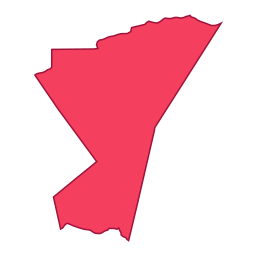 São João do Cariri, Paraíba, Brazil (orthographic projection)
{"feature_id": "56859067B8210995761368", "entity_name": "São João do Cariri", "entity_type": "district", "adm_level": 2, "iso_a3": "BRA", "parent_name": "Brazil", "parent_adm1": "Paraíba", "projection": "orthographic", "projection_center": [-36.484, -7.475], "detail": "fine", "context": "isolated", "style": "filled", "palette": "rose", "viewbox_px": 256, "rotation_deg": 0, "n_neighbors": 0, "source": "geoboundaries", "source_scale": "gbopen_adm2", "svg_char_len": 1290}
<svg xmlns="http://www.w3.org/2000/svg" viewBox="0 0 256 256"><path d="M221.1,23.2L217.9,24.7L215.4,25.4L211.5,25.5L209.1,24.6L206.8,23.7L204.0,22.7L202.0,22.0L199.9,21.2L197.4,20.1L195.9,18.7L193.6,17.7L191.1,16.9L190.0,15.4L188.3,16.0L186.4,16.4L183.9,17.4L181.2,18.1L179.1,17.8L177.1,17.4L175.2,17.4L173.4,17.8L171.3,18.5L168.2,18.5L165.1,18.1L163.2,19.1L161.7,20.4L160.1,21.6L157.8,22.8L156.0,23.0L154.2,22.6L151.5,22.1L148.9,21.2L146.4,22.7L144.9,24.4L131.6,27.6L130.7,31.6L127.4,33.5L125.1,33.6L121.9,33.6L118.5,34.3L113.2,36.1L110.7,36.4L108.5,37.0L106.8,37.7L104.8,38.7L102.1,39.7L99.5,40.1L97.4,41.8L96.5,45.0L97.9,48.3L94.2,49.0L51.8,49.4L51.7,67.0L50.4,68.9L48.1,69.5L46.4,70.6L44.8,71.7L42.0,72.7L39.3,73.1L36.7,73.8L34.9,75.1L58.0,108.9L96.7,161.6L90.1,167.1L77.2,177.5L53.5,197.0L60.6,229.0L62.8,227.8L64.2,225.8L65.8,224.0L67.5,223.4L70.0,224.3L73.0,225.7L75.9,226.7L78.0,227.5L80.3,228.1L83.8,229.2L86.6,229.6L88.6,229.8L90.4,230.3L92.6,231.8L94.8,233.1L97.6,233.5L100.4,233.5L102.7,232.3L105.0,230.9L107.7,230.1L109.2,228.4L114.3,228.5L117.1,229.2L118.7,228.0L119.7,230.4L121.0,232.8L121.2,235.1L123.4,236.7L125.8,237.7L127.0,239.4L128.6,240.6L136.8,206.4L154.5,130.0L154.7,127.7L184.3,81.2L191.9,69.2L221.1,23.2Z" fill="#f43f5e" stroke="#9f1239" stroke-width="1.5"/></svg>